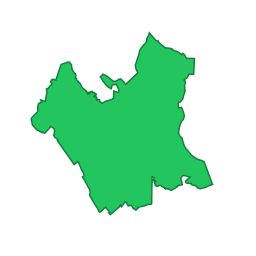 Saniob, Bihor, Romania (Albers equal-area conic projection), rotated 68°
{"feature_id": "2599482B80323305476993", "entity_name": "Saniob", "entity_type": "district", "adm_level": 2, "iso_a3": "ROU", "parent_name": "Romania", "parent_adm1": "Bihor", "projection": "albers", "projection_center": [22.111, 47.257], "detail": "fine", "context": "isolated", "style": "filled", "palette": "green", "viewbox_px": 256, "rotation_deg": 68, "n_neighbors": 0, "source": "geoboundaries", "source_scale": "gbopen_adm2", "svg_char_len": 5607}
<svg xmlns="http://www.w3.org/2000/svg" viewBox="0 0 256 256"><g transform="rotate(68 128 128)"><path d="M170.2,186.7L173.3,187.0L173.6,187.1L174.4,187.8L175.2,188.3L176.1,188.7L177.2,188.7L184.8,187.6L190.7,186.4L195.2,186.1L195.7,185.9L193.0,178.5L198.9,176.5L199.3,177.7L201.7,176.8L198.0,165.8L196.5,163.9L198.7,163.6L195.4,158.2L195.8,157.6L200.4,157.0L200.8,155.0L200.7,154.6L200.9,153.8L205.1,153.2L205.0,152.5L205.3,152.0L206.3,151.8L207.1,151.5L206.5,150.1L206.4,149.1L205.4,148.9L205.4,147.7L206.3,142.2L206.5,140.7L206.2,137.8L206.6,137.6L207.3,134.7L207.1,134.4L204.6,133.4L188.3,126.5L187.0,125.7L185.8,125.6L184.6,124.9L184.0,124.8L182.8,124.1L182.3,124.0L182.2,124.0L182.1,123.8L182.8,123.0L183.2,122.6L183.6,122.5L185.0,123.1L185.4,123.7L186.1,124.0L186.5,123.7L187.1,122.4L187.9,122.2L188.1,122.4L187.7,123.5L188.1,124.0L190.9,123.8L191.5,124.3L191.8,124.2L193.0,122.8L193.1,122.1L192.9,120.9L193.0,120.6L193.4,119.3L194.7,118.7L196.3,117.3L196.7,116.7L197.6,116.6L197.9,116.3L198.6,116.0L198.3,115.0L199.2,114.5L199.8,113.5L200.0,112.7L201.6,111.8L202.0,111.0L201.0,104.3L200.7,104.0L200.3,104.2L200.1,103.9L200.1,103.6L200.3,103.6L200.3,103.4L200.5,103.2L200.5,102.9L200.1,102.2L200.4,101.8L200.2,101.6L200.6,100.8L200.9,98.9L198.1,98.4L194.8,98.1L192.5,95.1L192.8,94.4L193.0,94.2L193.0,93.8L193.4,93.5L193.4,92.9L195.9,90.3L196.8,89.0L197.7,90.9L197.9,92.2L198.3,92.9L198.8,94.4L199.3,94.6L199.9,94.6L200.4,94.5L200.5,94.7L200.9,94.5L201.9,92.5L203.2,90.2L204.2,90.5L204.2,90.1L204.4,89.9L205.2,89.3L205.9,88.1L206.7,87.4L207.4,86.5L208.6,86.3L209.4,85.9L210.1,85.3L210.9,84.3L211.5,83.7L211.5,83.3L211.4,82.0L211.9,80.4L212.0,77.2L211.8,74.2L212.0,70.7L211.4,70.8L191.1,70.1L187.4,70.1L186.6,71.1L185.6,72.0L183.8,74.4L181.7,76.3L180.1,77.3L178.7,78.4L176.2,79.6L173.9,80.2L169.3,81.8L165.7,82.5L163.8,82.4L157.7,81.8L157.3,81.9L155.2,82.8L153.0,83.1L152.0,83.0L150.3,82.4L146.6,80.0L144.3,78.3L142.9,77.0L141.4,75.0L141.0,73.9L140.6,73.3L140.1,72.8L138.5,71.7L137.4,71.2L136.2,70.9L131.6,70.6L130.9,70.5L129.5,70.6L129.3,70.7L128.9,70.7L128.4,73.7L126.1,73.0L125.9,72.8L124.6,72.5L123.6,71.9L123.4,71.6L123.3,71.1L123.5,69.6L122.2,67.6L121.8,66.6L121.1,65.9L118.3,64.0L115.0,61.1L114.5,61.0L114.2,61.4L113.5,60.9L112.7,60.5L110.8,60.0L109.7,59.5L108.1,58.4L106.2,57.3L104.6,58.0L104.1,56.9L103.5,54.5L103.1,53.9L102.2,52.7L100.9,51.4L101.2,50.5L102.8,47.0L88.5,40.4L87.5,42.5L85.9,46.5L85.3,47.5L84.5,47.9L82.2,48.0L81.3,48.2L79.4,49.2L80.2,50.6L78.8,51.2L75.6,53.8L74.3,55.5L72.9,56.8L71.9,57.2L71.0,57.7L70.8,58.3L69.8,59.2L67.9,62.8L67.7,63.6L66.2,64.2L64.6,65.2L60.3,67.3L59.8,67.4L58.7,67.3L58.2,68.0L57.6,69.1L55.7,69.9L47.8,72.6L49.1,73.5L50.1,74.5L52.2,77.2L52.6,77.2L53.5,77.8L54.6,78.2L55.5,79.4L56.1,80.4L56.4,81.3L56.8,82.5L57.4,83.3L57.8,84.1L58.1,84.4L58.2,84.8L58.7,85.7L60.7,88.2L63.9,90.4L65.5,91.7L66.0,92.3L71.3,96.6L72.4,97.7L73.6,97.9L74.7,98.2L76.2,98.5L80.4,98.3L80.6,98.5L81.7,101.0L82.7,103.8L86.6,113.8L84.2,114.5L79.8,116.2L79.6,116.9L79.4,117.9L79.6,118.9L80.0,122.0L79.8,122.7L79.4,123.7L79.1,124.1L73.8,127.1L72.4,128.0L71.7,128.5L71.1,128.9L68.7,130.9L70.3,134.6L71.1,134.3L72.0,134.0L73.7,133.8L74.5,133.8L75.7,133.5L76.9,133.0L79.2,132.6L79.9,132.3L83.5,130.6L83.9,129.8L84.3,129.5L85.4,129.1L85.4,128.9L84.2,128.0L83.3,127.4L82.4,127.0L82.3,126.8L82.5,125.5L83.0,123.8L83.0,123.2L83.5,122.4L88.6,122.2L90.9,123.0L91.5,123.8L88.3,127.4L90.3,128.0L90.6,128.2L90.7,128.5L91.0,128.7L91.7,128.9L92.3,129.0L93.3,129.7L94.6,130.0L95.4,132.0L95.2,135.5L94.8,138.1L95.4,142.6L95.2,142.6L94.3,143.7L93.6,143.6L93.3,144.3L92.5,144.5L92.1,144.4L91.5,143.8L91.3,143.8L90.5,144.7L90.2,145.3L90.6,146.1L90.2,146.6L89.7,146.3L89.1,146.5L88.2,146.1L88.3,145.8L88.2,145.6L87.6,145.8L87.3,145.8L86.6,146.7L86.6,147.5L86.3,147.7L85.8,147.7L85.4,146.6L85.5,145.4L85.2,144.9L84.6,145.2L83.9,145.0L83.8,145.3L83.8,145.7L83.1,145.8L82.3,146.1L82.1,146.4L82.3,147.3L81.8,147.6L80.6,147.6L80.5,147.8L80.9,148.4L80.3,149.0L80.8,149.9L80.8,150.1L80.3,150.6L80.9,150.9L81.6,150.9L81.7,151.4L81.7,151.8L81.7,152.3L80.9,152.6L80.6,152.4L80.5,152.2L80.2,152.1L79.9,152.3L79.4,152.8L78.2,152.6L78.0,153.2L75.9,153.8L75.3,154.5L74.6,154.8L73.6,155.1L72.5,155.6L70.8,155.6L68.1,155.9L67.8,156.0L67.1,156.7L66.8,156.8L66.7,156.9L66.2,156.6L65.8,156.7L65.6,156.9L65.2,157.6L63.7,157.5L62.7,157.2L62.5,157.7L61.6,158.0L61.3,157.9L60.7,157.5L60.0,156.7L59.4,156.7L58.2,156.3L57.1,157.1L56.1,157.2L53.6,157.9L50.5,157.4L48.1,156.7L45.6,157.7L45.1,157.5L44.6,158.2L44.3,159.2L44.3,161.1L44.0,165.7L44.4,166.6L56.6,177.0L56.4,177.4L55.7,177.8L55.4,178.2L54.5,179.9L54.6,180.2L54.6,180.4L54.8,180.3L55.4,180.7L55.6,181.1L55.5,181.5L55.7,182.0L56.2,182.3L57.0,182.4L57.6,182.4L57.9,182.2L58.4,182.3L59.1,182.6L59.4,182.8L59.5,183.9L60.1,185.3L61.4,187.1L61.4,187.4L61.0,188.3L61.1,188.7L61.4,189.1L64.7,189.9L65.7,190.5L67.1,191.5L70.1,193.4L71.1,193.9L71.8,194.4L72.0,194.8L72.4,194.9L69.6,198.0L69.3,198.4L71.7,198.5L71.7,201.5L72.5,202.4L75.3,204.2L76.4,204.3L76.7,204.6L77.4,204.7L77.8,205.1L78.3,205.1L79.4,206.1L79.6,206.9L81.2,210.8L82.4,213.2L82.8,213.8L84.1,214.6L84.6,214.7L88.1,215.2L89.5,215.6L90.7,214.9L92.5,214.5L94.3,213.6L95.7,213.2L96.5,212.3L100.2,209.3L100.0,208.8L100.1,208.6L101.1,207.7L101.6,207.4L101.6,207.1L100.3,204.1L97.9,199.4L97.6,198.9L100.6,197.0L103.3,197.1L103.7,197.5L104.3,197.9L105.8,198.5L106.8,199.4L106.8,199.7L107.2,199.6L109.2,199.3L110.8,198.3L113.1,197.4L113.3,198.2L141.8,191.6L140.2,187.0L148.5,186.6L148.5,186.8L150.8,186.5L150.8,186.2L155.9,186.3L156.3,188.7L159.7,187.9L170.2,186.7Z" fill="#22c55e" stroke="#15803d" stroke-width="1.5"/></g></svg>